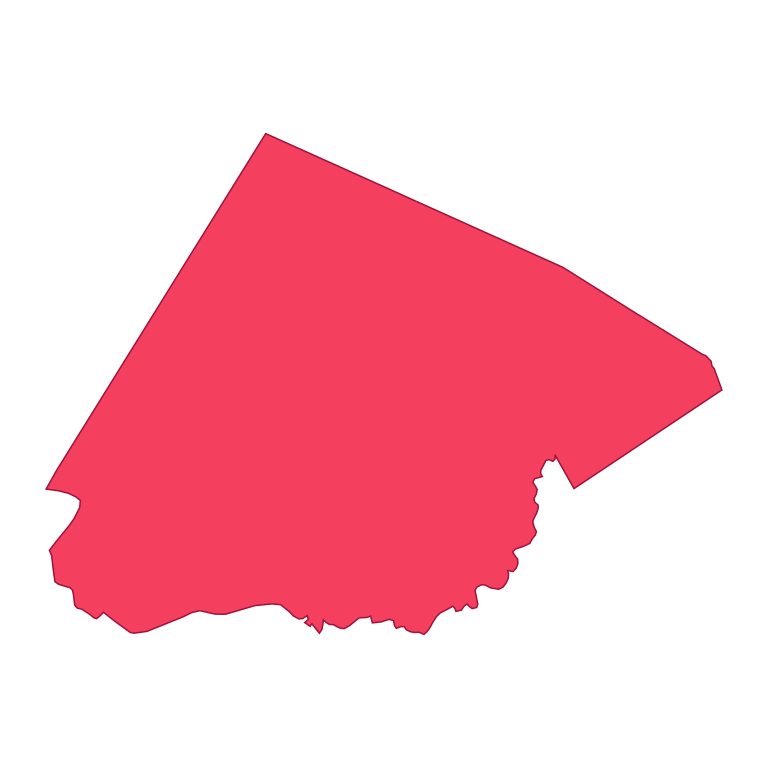 Monte Alegre do Piauí, Piauí, Brazil
{"feature_id": "56859067B876733905901", "entity_name": "Monte Alegre do Piauí", "entity_type": "district", "adm_level": 2, "iso_a3": "BRA", "parent_name": "Brazil", "parent_adm1": "Piauí", "projection": "albers", "projection_center": [-45.01, -9.577], "detail": "fine", "context": "isolated", "style": "filled", "palette": "rose", "viewbox_px": 768, "rotation_deg": 0, "n_neighbors": 0, "source": "geoboundaries", "source_scale": "gbopen_adm2", "svg_char_len": 1931}
<svg xmlns="http://www.w3.org/2000/svg" viewBox="0 0 768 768"><path d="M265.7,133.6L119.6,368.9L56.4,470.7L46.1,489.1L58.2,490.7L68.7,493.4L75.6,496.7L80.3,500.4L79.8,507.2L74.1,518.6L69.5,525.2L56.1,541.6L49.4,550.3L51.6,555.7L53.7,573.0L55.0,581.8L58.7,584.3L64.5,586.1L70.1,587.7L72.5,590.2L73.6,595.6L74.7,605.2L77.2,608.1L81.9,609.2L89.8,614.4L93.7,617.7L96.6,618.6L100.2,615.7L103.5,612.3L114.2,620.8L130.1,632.4L133.9,633.2L146.9,631.4L182.9,616.9L191.9,612.5L199.8,610.7L215.2,614.1L225.6,614.2L254.9,605.6L272.1,603.9L280.7,604.7L289.8,612.1L293.2,615.8L298.9,618.9L302.6,618.6L307.2,615.6L308.3,619.3L304.7,622.6L310.1,626.3L311.8,623.7L319.4,633.2L321.9,629.4L322.9,624.5L323.4,619.9L326.4,622.7L329.4,624.4L333.6,624.7L337.0,626.7L340.8,628.3L344.4,628.6L349.7,625.5L354.1,621.9L359.3,617.8L366.8,617.5L370.6,616.1L372.4,622.9L381.5,621.8L388.9,619.4L393.6,620.6L394.4,625.5L396.3,628.3L401.1,626.6L404.2,626.7L406.3,629.7L410.3,631.7L414.3,632.4L419.1,632.3L424.0,634.4L426.6,632.1L429.6,628.2L432.9,622.1L436.6,616.4L440.2,613.0L446.2,609.9L452.9,606.2L454.8,608.3L456.0,611.4L461.4,610.1L464.2,606.1L467.0,604.0L469.0,606.2L472.1,608.6L476.7,607.5L477.8,604.2L475.0,590.2L477.0,587.0L481.2,584.9L484.7,584.9L490.8,587.9L498.8,589.3L503.0,587.1L506.1,583.0L508.2,578.5L508.6,574.4L507.7,570.5L513.0,571.6L516.3,568.0L517.9,563.5L517.6,559.2L514.9,555.6L512.6,551.8L515.4,549.1L524.0,546.1L529.8,543.4L532.3,538.8L535.3,535.1L536.4,531.6L534.5,527.8L533.1,523.7L532.9,520.8L534.8,516.7L536.5,513.3L538.3,508.0L538.0,505.0L534.8,502.2L533.9,498.9L536.3,494.0L537.2,489.5L535.3,486.0L532.8,482.2L534.6,478.7L542.4,476.6L540.8,474.0L540.7,470.6L546.0,460.4L549.0,459.6L552.9,461.4L555.2,458.9L554.9,454.7L574.0,488.6L721.9,389.9L714.1,368.4L712.1,366.3L711.0,361.1L705.8,355.7L701.9,354.1L640.1,315.8L637.1,314.0L563.0,267.4L412.1,199.5L392.7,190.7L265.7,133.6Z" fill="#f43f5e" stroke="#9f1239" stroke-width="1.5"/></svg>